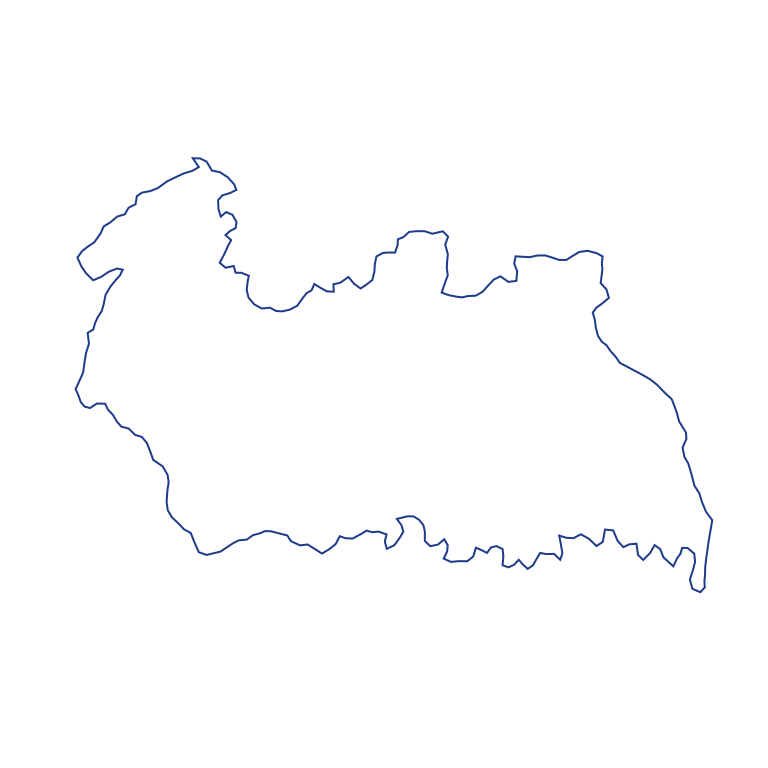 Casimiro de Abreu, Rio de Janeiro, Brazil, rotated 352°
{"feature_id": "56859067B53466809701697", "entity_name": "Casimiro de Abreu", "entity_type": "district", "adm_level": 2, "iso_a3": "BRA", "parent_name": "Brazil", "parent_adm1": "Rio de Janeiro", "projection": "albers", "projection_center": [-42.139, -22.475], "detail": "fine", "context": "isolated", "style": "outline", "palette": "blue", "viewbox_px": 768, "rotation_deg": 352, "n_neighbors": 0, "source": "geoboundaries", "source_scale": "gbopen_adm2", "svg_char_len": 3981}
<svg xmlns="http://www.w3.org/2000/svg" viewBox="0 0 768 768"><g transform="rotate(352 384 384)"><path d="M306.7,540.0L313.7,535.9L319.1,528.6L324.2,531.3L331.5,532.7L341.3,529.0L346.3,526.8L352.0,529.2L358.1,529.4L365.6,533.3L362.9,540.0L363.8,547.6L371.8,545.1L378.0,538.7L382.6,532.9L381.6,526.2L378.0,519.4L388.6,518.3L394.8,519.2L399.8,523.3L403.4,529.4L403.9,535.9L402.6,545.1L407.3,551.1L415.2,550.5L422.0,546.1L424.7,552.5L423.2,558.6L418.8,565.2L425.6,569.5L433.2,569.8L441.8,571.1L448.4,567.2L452.2,558.9L457.5,562.1L462.5,565.6L467.3,560.7L472.8,560.2L478.5,564.0L478.2,571.3L476.2,580.0L481.8,582.9L487.7,581.1L493.0,576.8L496.5,582.2L500.6,587.1L506.3,584.2L510.5,578.7L515.1,573.0L521.1,575.0L528.8,575.9L534.0,582.6L537.1,576.5L536.8,566.6L536.4,558.5L543.5,561.8L550.3,563.0L558.0,560.2L565.3,565.7L571.9,574.0L578.7,570.8L582.6,558.9L590.6,560.9L593.5,571.8L598.3,578.9L604.4,576.9L611.8,577.3L611.7,588.5L616.2,594.3L623.9,588.5L629.6,581.2L634.5,585.9L636.6,594.5L645.1,604.8L650.0,597.4L654.0,593.3L656.4,587.8L661.8,588.6L667.6,595.2L667.3,603.3L664.5,610.3L659.7,620.2L660.9,629.7L668.2,634.2L673.3,630.1L673.9,623.7L675.3,618.0L676.6,610.0L678.5,602.7L681.2,593.3L683.4,585.6L685.3,579.5L687.5,572.7L690.1,564.5L685.1,555.3L682.5,545.3L681.0,536.1L677.2,527.7L676.5,521.0L675.4,512.6L674.2,504.9L671.4,498.1L670.8,488.6L675.8,480.5L676.3,474.2L673.7,468.2L671.1,462.3L669.8,452.3L666.9,439.2L660.7,431.6L654.5,423.0L647.9,416.1L637.1,407.9L632.6,404.7L626.5,400.2L620.5,396.0L617.0,388.9L612.9,382.9L609.6,376.4L605.7,372.6L602.6,366.3L601.6,357.4L601.7,350.0L600.7,342.3L604.9,338.0L610.8,334.9L618.7,330.0L617.4,321.1L612.6,314.3L614.4,307.6L616.2,301.0L616.5,294.9L618.3,288.1L612.7,284.0L604.0,280.4L595.8,280.4L586.9,284.2L581.9,286.5L574.7,285.5L567.9,282.1L561.5,279.1L553.7,278.1L546.0,278.7L532.1,275.9L529.7,283.0L531.6,290.9L529.4,300.3L521.4,300.2L514.3,293.6L507.3,295.8L500.5,301.3L494.6,306.3L487.1,309.3L478.9,308.6L473.5,309.1L467.9,307.6L460.4,305.0L453.8,301.5L458.4,292.5L462.3,285.2L462.3,278.1L463.5,271.7L465.3,264.4L464.0,254.5L468.0,247.0L463.5,241.0L452.8,241.9L445.7,238.4L437.4,237.2L430.0,236.9L423.6,241.3L417.9,242.6L416.8,248.4L413.2,255.4L406.6,254.4L401.1,254.1L394.3,256.6L391.6,264.0L390.1,271.5L386.9,279.4L381.2,282.7L374.1,286.2L368.2,280.4L363.7,273.1L354.8,277.6L347.8,278.2L347.1,285.6L340.3,284.3L335.1,280.4L328.9,275.3L325.3,281.1L319.9,283.3L314.4,288.7L308.9,294.5L300.8,297.3L293.3,297.9L287.4,296.7L281.7,292.6L273.5,292.2L266.6,287.1L261.9,279.7L261.1,272.1L263.1,264.0L265.2,258.0L258.4,254.1L252.5,253.1L251.6,246.2L243.3,246.8L238.2,241.1L244.1,232.9L248.9,225.3L252.7,220.2L247.8,214.5L252.5,211.2L258.7,209.0L260.5,203.2L257.5,195.3L251.6,191.8L245.7,195.5L244.4,187.9L245.3,178.9L250.1,174.7L258.4,173.4L264.8,171.2L263.4,165.4L258.0,157.5L251.0,151.4L243.3,148.7L239.3,139.1L233.2,135.0L226.1,133.8L230.8,143.4L223.8,146.3L214.9,147.6L204.1,151.0L197.1,153.3L187.5,158.4L179.6,160.4L171.0,160.8L165.4,163.6L163.0,171.4L155.6,173.9L150.9,179.9L143.3,181.0L135.2,186.0L128.4,188.9L124.2,195.6L116.9,203.3L109.7,206.8L103.6,210.3L98.0,216.2L100.6,225.2L104.2,232.6L110.4,240.8L119.0,238.5L126.9,234.6L135.5,232.5L141.2,234.4L137.5,239.9L132.9,243.6L126.7,249.4L120.7,256.9L117.5,266.1L114.6,272.5L109.6,278.3L106.2,283.7L103.7,289.6L97.7,292.1L97.4,303.2L93.2,311.9L90.0,322.4L87.7,330.7L83.0,338.2L77.9,346.2L79.7,352.3L81.2,359.7L84.4,364.7L89.5,366.9L97.0,363.4L105.1,364.7L107.0,370.8L111.4,377.1L114.2,384.0L117.9,389.6L125.0,392.6L130.3,399.6L136.9,402.8L141.0,409.5L143.1,418.1L144.9,427.1L153.4,434.8L157.1,444.1L157.0,451.8L154.7,459.2L152.3,470.6L152.3,479.0L155.5,486.6L161.9,494.6L165.7,500.1L171.9,504.6L174.2,514.2L177.2,524.8L184.6,528.6L198.7,527.2L211.8,520.9L218.2,518.6L226.5,519.0L233.3,515.4L239.6,514.7L245.9,513.1L251.4,514.1L260.0,517.6L267.1,520.5L270.1,526.8L278.4,532.1L286.1,532.3L292.2,537.5L299.0,543.3L306.7,540.0Z" fill="none" stroke="#1e3a8a" stroke-width="2"/></g></svg>